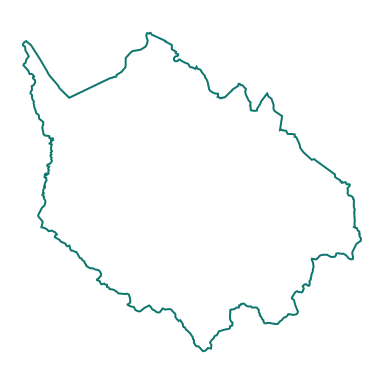 the district of Phnum Kravanh, Pouthisat, Cambodia
{"feature_id": "14789045B35445184191564", "entity_name": "Phnum Kravanh", "entity_type": "district", "adm_level": 2, "iso_a3": "KHM", "parent_name": "Cambodia", "parent_adm1": "Pouthisat", "projection": "orthographic", "projection_center": [103.822, 12.181], "detail": "fine", "context": "isolated", "style": "outline", "palette": "teal", "viewbox_px": 384, "rotation_deg": 0, "n_neighbors": 0, "source": "geoboundaries", "source_scale": "gbopen_adm2", "svg_char_len": 5844}
<svg xmlns="http://www.w3.org/2000/svg" viewBox="0 0 384 384"><path d="M348.8,184.1L347.8,184.4L346.5,184.2L346.1,182.6L345.5,182.2L342.0,182.8L341.9,181.8L340.5,181.6L340.3,180.3L336.0,177.8L335.0,176.8L334.9,174.4L315.4,160.2L314.7,159.4L313.7,159.2L311.7,159.8L303.1,151.9L300.2,147.8L299.6,144.5L296.4,137.3L294.7,136.8L294.8,134.5L292.1,134.0L288.0,134.0L286.9,132.7L286.2,130.8L282.5,130.3L281.5,129.7L280.0,130.2L282.1,116.1L274.8,111.2L274.1,110.2L273.5,108.9L273.6,104.8L271.5,98.9L268.5,96.5L267.1,93.5L261.3,101.2L260.3,103.7L257.0,109.0L257.1,110.5L254.5,110.9L251.1,110.4L250.8,110.0L250.7,107.2L250.0,105.9L250.6,105.2L250.3,104.0L250.6,102.3L248.8,100.8L245.7,94.2L245.2,91.8L246.0,89.1L242.7,85.6L242.0,85.1L240.7,85.1L239.7,83.9L238.6,83.9L238.1,85.9L232.3,89.7L231.6,91.1L230.9,91.4L224.9,97.3L223.3,97.4L222.1,98.2L221.4,97.8L220.5,98.2L219.7,98.0L219.3,97.4L217.6,97.0L218.1,94.7L218.0,93.7L215.7,93.6L213.3,92.8L210.2,90.8L209.2,89.5L207.6,81.7L206.4,79.1L205.0,77.3L204.9,75.8L202.1,72.6L200.4,69.7L197.4,68.6L196.5,66.8L195.3,68.8L194.2,68.5L193.0,67.6L190.1,67.1L188.1,63.8L184.8,62.6L180.7,60.4L180.0,59.6L178.8,59.6L177.6,61.0L176.0,61.3L174.8,60.9L174.1,59.9L174.0,58.1L175.3,56.4L177.3,56.2L178.2,55.1L178.2,54.3L175.7,53.2L176.1,51.9L171.9,49.3L171.8,44.9L165.1,41.4L165.2,40.8L151.8,34.7L150.9,33.2L150.1,32.8L149.1,33.6L147.2,33.1L146.6,34.3L146.3,36.2L147.7,40.5L147.0,43.9L145.5,46.7L140.6,49.7L132.5,51.1L130.2,52.9L125.7,58.1L125.6,66.0L125.3,67.4L121.5,71.9L116.6,74.9L116.5,76.0L115.8,76.9L113.8,76.9L112.7,77.6L109.6,78.4L69.2,97.8L59.3,88.0L58.2,85.6L50.2,76.4L48.2,73.6L47.2,71.4L40.0,59.2L31.1,45.3L26.1,41.1L24.2,42.3L23.2,43.8L23.0,45.4L25.1,46.7L25.4,50.4L28.5,55.7L28.7,56.5L26.4,59.5L25.5,62.9L24.0,63.8L23.4,65.3L28.1,70.4L29.7,74.0L31.6,74.0L32.8,74.6L34.6,77.3L33.3,76.5L32.9,77.9L33.6,79.0L35.0,80.2L35.1,82.5L33.7,85.1L31.8,86.1L32.0,90.0L30.7,91.8L30.5,93.1L30.5,93.6L31.9,94.9L32.2,96.3L31.8,96.9L32.6,99.6L33.9,101.7L33.6,103.2L34.6,108.2L35.2,109.4L36.3,113.2L38.7,115.0L39.2,118.7L43.2,122.0L43.3,123.6L42.3,127.6L43.6,134.5L44.1,134.6L44.9,135.5L48.9,136.0L49.4,136.4L49.3,137.9L50.3,138.4L52.8,138.4L52.6,139.1L53.2,139.9L52.2,140.6L51.0,140.3L51.1,142.4L49.5,143.3L49.5,143.6L51.8,144.5L51.0,147.3L51.2,150.2L52.0,151.1L50.7,152.8L51.5,154.6L50.4,155.6L50.9,157.1L51.7,157.7L51.2,159.2L51.9,160.5L51.5,161.8L49.7,164.0L48.0,164.4L47.3,165.0L47.4,166.2L49.1,166.7L48.1,168.6L49.0,170.3L48.3,171.1L48.5,173.7L47.7,174.2L46.2,173.4L44.8,174.4L44.8,175.0L45.8,175.4L44.7,176.1L44.5,177.2L46.2,178.0L45.9,178.8L46.6,179.9L46.2,181.2L45.4,182.1L44.5,184.7L44.9,185.3L44.1,186.5L45.0,187.1L45.0,187.6L44.2,187.9L43.3,189.8L43.1,192.7L43.6,192.8L43.7,193.7L42.3,194.9L44.1,196.7L43.7,197.7L45.2,200.5L45.4,201.5L45.0,204.2L44.4,205.5L42.0,207.7L38.2,215.1L38.4,216.6L42.5,221.3L42.4,223.4L41.4,227.3L44.3,227.9L47.2,229.5L48.6,231.2L51.7,230.6L55.3,232.4L56.9,234.5L55.3,235.5L54.8,237.1L59.8,240.1L60.7,241.6L65.4,243.6L66.1,245.2L67.3,246.3L69.4,245.6L70.3,249.1L71.1,250.5L72.6,250.6L74.8,251.7L76.5,252.1L79.8,257.9L81.5,258.5L82.4,260.1L84.2,261.3L84.8,263.2L86.2,264.8L86.2,265.8L89.3,267.8L91.1,268.4L92.6,268.2L95.2,269.5L97.9,269.9L99.5,270.8L101.2,274.1L100.7,276.3L99.7,276.9L99.0,278.2L97.4,279.0L96.9,279.7L97.2,280.3L99.6,281.1L101.0,284.0L102.1,284.3L104.3,283.6L105.1,284.4L107.0,284.9L107.0,286.9L108.6,287.3L109.6,289.1L112.5,289.4L114.8,290.4L115.5,291.2L116.7,291.6L118.4,293.4L124.9,294.0L127.0,293.7L128.8,294.5L130.1,298.5L130.3,302.4L129.5,303.4L127.6,304.4L127.6,304.8L130.1,306.2L134.0,307.1L135.0,309.5L136.4,310.6L139.0,311.4L140.3,311.3L144.5,307.9L149.2,305.5L150.4,306.5L152.4,309.4L154.5,310.4L156.5,312.1L158.8,312.5L159.8,312.2L162.8,308.4L165.2,309.6L169.0,309.0L171.2,309.6L174.2,313.0L175.0,313.4L175.5,314.8L175.3,316.8L176.9,319.3L177.9,319.9L178.6,321.0L180.4,320.2L182.8,324.0L183.2,326.7L183.7,327.2L184.9,327.4L186.1,329.8L187.0,330.2L190.5,333.8L192.8,337.3L193.0,339.0L194.0,340.2L193.9,342.6L195.8,345.8L196.7,346.3L198.6,346.4L203.0,351.2L205.7,350.5L207.8,348.1L211.0,348.5L211.4,345.0L210.0,342.6L211.8,339.9L214.0,337.8L214.3,336.5L215.5,335.6L216.8,335.3L218.9,331.4L224.7,329.6L229.1,328.8L229.9,328.1L229.9,326.5L230.3,326.0L232.3,325.5L232.3,323.1L232.6,322.8L231.0,321.2L230.1,319.4L230.0,314.4L230.4,312.7L230.0,311.8L230.6,310.4L230.5,309.7L234.1,309.2L236.5,307.6L238.7,307.6L239.2,306.6L239.0,305.5L240.3,305.2L240.7,304.2L242.1,304.0L242.4,303.6L244.3,303.8L246.6,306.0L248.5,306.5L250.8,306.3L252.0,307.6L256.2,307.4L256.8,307.7L258.8,310.0L258.8,312.2L259.9,313.8L259.7,315.1L261.4,317.3L262.3,319.3L263.4,320.1L263.4,321.2L264.1,322.8L265.3,323.4L268.8,322.8L275.6,324.1L277.3,324.0L278.1,323.6L279.6,321.6L281.6,320.3L283.9,317.6L285.5,317.2L287.1,316.0L288.3,314.1L293.4,314.9L296.0,314.4L297.2,313.5L297.8,312.5L297.9,311.5L295.3,305.2L294.2,300.8L293.4,299.4L292.0,298.6L291.9,297.6L295.3,292.1L297.1,291.2L298.4,291.9L301.6,292.4L302.5,291.8L303.8,288.4L302.7,286.2L304.4,284.5L306.0,284.2L308.3,285.8L309.3,285.6L309.8,283.5L309.3,281.6L311.0,279.1L310.6,278.2L311.4,276.2L311.4,274.5L312.7,271.8L312.9,269.2L313.6,266.8L313.1,263.1L311.7,259.2L311.9,258.7L315.9,259.4L316.7,259.2L319.9,255.6L321.8,254.9L326.8,254.7L331.1,257.0L334.9,256.7L335.8,255.6L336.3,253.6L337.7,253.2L341.4,253.8L343.3,253.7L346.2,255.3L348.4,258.1L349.3,258.7L351.5,259.4L352.9,258.9L353.0,257.1L352.2,253.0L352.4,252.1L356.4,243.9L360.7,240.9L361.0,238.3L360.0,237.2L359.4,235.5L359.8,234.3L359.1,233.8L359.5,232.1L358.7,230.9L357.6,230.4L356.9,228.0L355.1,227.8L353.9,227.0L354.9,226.0L354.4,223.9L354.8,222.0L354.2,211.7L354.8,209.9L353.8,206.8L353.9,199.8L353.1,199.0L353.2,197.8L352.8,197.3L350.9,195.8L348.6,195.4L347.6,193.4L347.9,190.6L347.5,188.4L349.8,185.6L349.7,184.5L348.8,184.1Z" fill="none" stroke="#0f766e" stroke-width="2"/></svg>